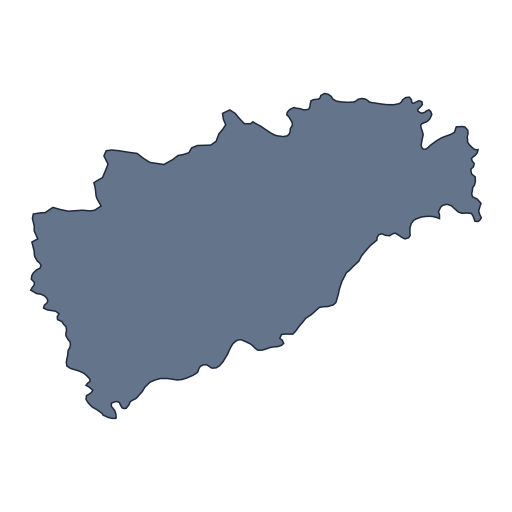 outline of Klichaw, Mogilev, Belarus
{"feature_id": "67162791B97539600295477", "entity_name": "Klichaw", "entity_type": "district", "adm_level": 2, "iso_a3": "BLR", "parent_name": "Belarus", "parent_adm1": "Mogilev", "projection": "natural_earth1", "projection_center": [29.42, 53.506], "detail": "fine", "context": "isolated", "style": "filled", "palette": "slate", "viewbox_px": 512, "rotation_deg": 0, "n_neighbors": 0, "source": "geoboundaries", "source_scale": "gbopen_adm2", "svg_char_len": 4823}
<svg xmlns="http://www.w3.org/2000/svg" viewBox="0 0 512 512"><path d="M478.0,149.7L477.8,149.8L474.8,149.6L471.9,147.3L469.5,144.8L467.6,142.3L467.6,139.5L467.2,137.2L468.0,133.6L467.8,130.4L464.9,127.0L462.3,126.5L459.6,126.7L456.3,126.8L455.7,128.3L455.2,130.2L454.3,132.4L450.5,134.5L444.6,136.6L441.8,137.7L437.9,139.9L434.7,142.1L431.0,144.8L428.9,146.7L427.3,148.2L425.3,149.2L423.3,149.2L421.7,147.4L421.2,145.2L421.8,141.3L422.4,138.4L423.2,134.6L422.2,130.8L421.2,128.2L420.7,125.3L421.6,123.9L423.9,122.9L427.3,121.4L429.7,119.0L430.7,117.0L431.8,114.6L430.8,111.6L428.9,109.9L426.3,110.9L424.7,112.4L421.4,113.2L418.0,111.3L417.8,109.4L420.8,106.5L422.4,104.5L421.9,101.7L419.1,100.7L416.3,101.9L413.3,103.4L411.7,102.5L411.6,100.0L409.5,97.2L405.8,97.5L402.8,99.6L401.4,101.9L399.6,103.5L397.2,104.1L393.8,104.7L390.7,104.7L386.2,104.6L379.8,103.8L376.2,103.2L371.9,102.6L368.9,101.8L368.0,100.6L365.1,99.0L361.9,98.5L358.0,99.3L355.9,101.1L353.3,102.1L347.1,102.3L341.2,101.9L336.3,101.1L332.9,99.1L331.2,96.4L328.1,94.2L324.5,93.5L320.8,95.5L320.3,97.2L319.6,98.5L318.0,99.2L313.6,99.6L311.0,100.7L310.3,103.7L310.0,106.1L309.6,107.7L308.5,109.2L305.6,109.9L303.3,109.7L299.9,108.6L296.0,108.2L294.2,107.5L290.8,108.9L288.4,110.8L287.2,112.5L286.8,114.9L288.8,116.8L290.4,119.5L291.9,122.0L292.5,125.0L291.3,127.0L290.3,128.6L290.1,131.6L289.2,134.0L287.2,135.9L283.3,136.6L277.1,135.8L274.2,134.8L270.3,132.7L267.4,130.7L264.8,129.0L260.7,126.2L255.8,123.6L252.8,121.8L250.7,123.7L244.3,123.7L238.9,117.9L235.2,113.4L229.8,109.9L222.5,113.4L223.4,119.3L225.7,124.8L222.5,129.6L218.9,133.8L216.1,141.3L210.7,145.1L197.5,145.5L191.6,147.9L188.9,152.7L183.4,154.5L178.0,155.5L172.5,159.7L163.9,164.5L149.8,162.4L143.4,158.3L137.1,153.4L129.4,152.4L118.9,150.7L111.6,150.0L106.2,150.7L103.9,155.9L108.0,164.1L105.7,170.0L102.5,177.6L97.0,180.7L93.9,182.8L95.2,187.7L96.1,196.0L97.0,198.7L101.1,206.0L94.7,210.2L90.2,210.9L82.4,210.2L68.3,211.2L60.2,209.5L52.9,207.4L45.2,212.6L40.2,212.9L33.3,214.0L32.4,218.5L34.2,225.8L34.2,231.0L37.8,238.9L31.9,242.0L34.2,251.3L34.3,254.3L34.7,256.5L37.2,261.0L39.4,262.8L41.1,265.3L39.9,268.3L36.7,269.7L33.4,272.8L31.9,275.4L31.3,279.2L34.4,282.5L34.1,285.2L32.3,287.3L30.7,290.2L36.7,293.6L40.9,294.2L44.3,295.8L46.7,297.9L47.8,300.7L47.0,302.9L44.4,305.1L43.5,308.1L47.3,309.9L52.4,310.7L55.5,311.2L59.0,313.7L57.2,316.8L57.6,319.6L61.9,321.6L63.3,323.9L66.1,326.9L66.5,330.6L65.9,333.0L65.9,335.7L67.9,339.3L70.1,341.9L70.4,345.1L69.8,347.5L68.1,350.5L67.6,355.8L66.7,359.5L66.3,362.8L66.9,366.1L70.7,368.5L75.3,369.9L79.5,371.2L84.0,373.3L86.9,375.9L89.8,378.9L90.0,381.5L87.6,383.2L86.0,385.3L89.1,387.1L92.8,390.2L91.3,392.6L88.8,394.3L86.5,395.6L86.0,399.4L88.3,403.0L92.4,407.2L96.4,409.4L99.4,411.4L102.0,413.4L103.3,415.4L103.7,415.4L108.4,417.5L112.3,418.4L116.2,418.4L116.2,418.5L115.9,414.1L114.8,410.6L111.4,406.4L111.4,403.2L114.2,402.0L116.8,401.5L119.3,402.4L120.6,405.3L122.0,407.8L124.2,408.6L126.3,408.2L128.8,405.0L130.3,401.6L132.9,400.0L135.5,398.8L137.3,397.3L139.4,394.7L142.2,391.7L144.9,387.1L150.1,382.1L155.1,380.0L160.3,378.5L167.4,378.5L172.2,379.2L177.2,380.0L181.6,379.6L186.8,378.0L192.4,375.6L195.4,373.9L197.8,372.0L199.0,368.4L200.5,366.2L203.6,364.8L206.3,364.7L207.9,365.5L210.6,367.4L211.6,368.0L213.6,368.1L216.3,367.8L219.2,366.0L222.8,362.1L224.9,358.6L227.7,354.0L229.4,350.0L231.0,346.8L232.9,343.7L235.6,341.3L238.2,339.9L241.3,339.8L245.4,341.5L250.5,344.0L252.7,345.8L255.3,348.4L257.6,350.1L259.4,350.2L262.4,350.1L265.7,349.1L269.9,347.6L273.9,346.8L277.4,346.7L281.6,345.3L283.7,343.4L282.4,340.3L279.8,338.4L281.5,334.5L285.5,334.0L288.6,334.1L292.9,334.1L295.7,331.1L298.9,326.6L302.6,322.3L305.7,318.3L311.7,314.3L316.7,309.8L319.5,307.3L323.7,306.7L327.6,306.6L333.5,304.8L335.9,302.5L337.1,298.5L338.4,293.8L339.2,289.8L340.5,285.6L342.1,281.0L344.4,276.7L346.3,272.7L349.3,270.5L353.6,266.0L358.8,261.2L359.8,259.1L361.6,255.8L364.4,252.3L367.5,248.7L370.4,245.5L373.3,243.1L376.9,240.1L377.0,237.5L378.8,234.7L381.9,233.8L385.2,235.2L389.5,235.8L392.5,233.9L395.2,233.1L400.1,236.1L401.3,237.1L405.0,238.9L408.6,237.8L410.2,235.4L409.9,232.6L409.9,231.0L410.0,227.8L411.2,223.6L413.7,220.3L416.0,219.0L419.7,217.6L422.1,216.9L426.4,216.4L429.9,216.3L432.6,216.5L436.8,217.5L439.5,218.6L439.5,214.6L438.5,211.9L440.6,207.2L442.9,205.2L447.1,204.3L451.3,205.7L455.0,209.1L458.5,212.1L461.8,213.3L466.9,213.0L471.5,213.5L473.1,216.2L475.0,221.3L478.0,221.5L479.9,220.1L481.3,217.8L479.4,213.7L478.7,211.0L479.9,206.6L481.0,203.3L477.1,199.0L472.6,196.9L471.7,193.9L472.4,190.4L472.6,187.7L474.5,185.1L475.4,181.3L475.2,176.9L471.7,174.1L470.7,169.5L473.5,166.7L474.2,163.5L472.3,161.2L471.4,158.7L473.3,156.6L474.9,155.7L477.2,152.9L477.9,150.3L478.0,149.7Z" fill="#64748b" stroke="#1e293b" stroke-width="1.5"/></svg>